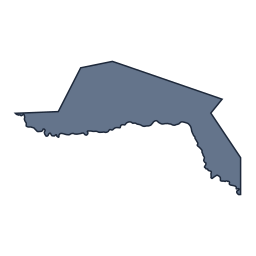 Petatán, Huehuetenango, Guatemala (orthographic projection)
{"feature_id": "79465075B18515174231727", "entity_name": "Petatán", "entity_type": "district", "adm_level": 2, "iso_a3": "GTM", "parent_name": "Guatemala", "parent_adm1": "Huehuetenango", "projection": "orthographic", "projection_center": [-91.731, 15.614], "detail": "fine", "context": "isolated", "style": "filled", "palette": "slate", "viewbox_px": 256, "rotation_deg": 0, "n_neighbors": 0, "source": "geoboundaries", "source_scale": "gbopen_adm2", "svg_char_len": 4640}
<svg xmlns="http://www.w3.org/2000/svg" viewBox="0 0 256 256"><path d="M119.8,63.9L112.4,61.4L80.7,67.8L58.3,111.6L15.4,113.3L16.2,114.1L17.2,114.7L18.1,114.8L18.6,115.1L19.5,114.9L20.3,115.0L20.9,115.6L21.3,115.7L21.8,115.5L22.5,115.0L23.3,114.5L23.6,114.4L24.0,114.6L24.3,115.3L24.5,116.3L24.7,116.9L24.7,117.6L24.5,118.1L24.4,118.6L24.4,119.5L24.7,120.0L24.7,120.5L25.1,121.2L25.4,121.8L25.8,122.3L26.2,123.0L26.3,124.1L26.2,125.0L26.2,125.4L26.2,126.0L26.9,126.5L27.9,126.9L28.5,127.0L30.1,127.0L31.1,127.0L32.0,127.4L32.6,127.5L33.9,127.9L34.5,128.6L35.2,129.3L36.0,130.1L36.7,130.9L37.5,131.5L38.2,131.6L39.5,131.5L40.8,131.4L41.5,131.3L42.2,130.8L42.8,130.2L42.8,129.8L43.0,129.2L43.3,129.1L43.9,129.0L44.3,129.2L45.0,130.0L45.1,130.5L44.8,131.2L44.5,131.7L44.3,132.4L44.5,133.2L44.7,133.9L45.0,134.5L45.4,135.1L46.1,136.1L46.7,136.1L47.4,136.0L47.9,135.6L48.3,135.0L48.6,134.2L49.4,133.4L50.0,133.1L50.4,133.5L50.9,134.1L51.4,135.0L51.8,135.6L52.4,135.8L53.3,135.9L54.4,135.9L54.9,135.5L55.7,134.8L56.4,134.8L56.6,135.2L56.6,135.9L57.4,136.6L58.1,137.1L58.6,137.2L58.9,136.8L58.9,136.0L58.9,135.3L59.3,134.5L59.8,133.9L60.5,133.5L61.3,133.4L62.3,133.5L63.3,133.7L64.3,134.0L65.6,134.4L66.5,134.6L67.6,134.7L68.2,134.8L69.3,134.7L69.9,134.5L70.4,134.0L71.2,133.7L71.9,133.5L72.8,133.4L73.6,133.5L74.3,133.9L75.8,134.1L77.1,134.1L78.0,134.0L79.7,133.7L81.0,133.5L81.6,133.2L82.4,133.1L83.2,133.0L83.8,133.3L84.3,133.9L85.0,134.7L85.7,135.0L86.4,135.1L87.1,134.7L87.6,134.1L87.9,133.3L87.8,132.5L87.6,132.2L87.4,132.0L87.3,131.7L87.5,131.2L88.2,131.0L89.2,131.0L90.7,131.0L91.5,131.1L93.0,131.4L93.9,131.4L95.3,131.3L96.2,131.3L97.2,131.5L98.4,132.1L99.3,132.3L100.8,132.3L102.4,132.2L103.2,132.1L104.0,132.0L104.9,132.3L105.5,132.4L106.4,132.3L107.0,132.1L107.7,131.8L108.4,131.2L108.9,130.4L109.4,129.9L109.7,129.6L110.4,129.6L110.8,129.7L111.3,129.9L112.2,130.0L112.8,129.7L114.0,128.6L115.1,127.9L116.2,127.6L117.4,127.6L118.8,127.7L119.6,127.8L120.2,127.6L120.4,126.9L120.6,126.2L120.8,125.5L121.3,125.1L121.8,124.8L122.9,124.7L123.9,124.8L124.8,124.9L125.0,124.7L125.7,123.9L126.5,122.9L127.6,122.4L128.8,121.9L129.9,121.9L130.7,122.0L131.6,122.4L132.3,123.0L133.0,123.3L133.6,123.1L134.6,123.1L135.7,123.2L136.3,123.6L137.1,124.1L137.6,124.2L138.4,124.3L139.0,124.5L139.7,124.6L140.4,124.8L141.8,125.6L142.8,126.1L143.8,126.3L144.8,126.3L146.1,126.0L147.1,125.9L148.5,125.9L149.6,125.6L150.7,125.2L151.3,124.6L152.6,123.1L153.5,121.9L154.3,121.3L155.3,120.8L156.4,120.7L157.0,121.0L157.7,121.4L158.0,121.9L158.9,122.6L160.0,123.2L161.0,123.7L162.0,124.0L162.8,124.0L164.0,123.8L165.0,123.6L166.3,123.6L167.5,123.5L168.5,123.7L169.2,123.9L170.6,124.0L171.5,124.4L172.4,124.9L173.1,125.1L174.2,125.2L174.9,125.2L175.7,124.8L176.3,124.6L177.6,124.3L178.8,123.9L179.8,123.0L180.9,122.1L181.8,121.8L183.2,122.0L185.2,122.5L186.8,123.0L188.2,123.6L189.0,124.4L189.6,125.1L190.0,125.5L190.7,126.8L191.1,127.9L191.4,129.2L191.7,131.0L192.4,132.9L193.1,134.3L193.5,135.3L193.9,135.9L194.6,136.5L194.9,137.1L195.0,137.7L195.0,138.0L195.1,138.6L195.6,139.2L196.1,140.1L196.8,141.3L197.3,142.1L197.8,142.9L197.8,143.9L197.7,144.5L197.3,144.9L197.2,145.0L197.4,145.6L197.8,146.1L198.2,146.3L198.8,146.8L199.5,147.6L200.5,148.4L201.2,149.4L202.0,150.3L202.0,151.4L202.0,152.3L202.5,153.3L203.0,154.5L203.1,155.3L203.4,155.7L203.8,156.3L204.3,157.1L204.4,157.9L204.2,158.6L203.9,159.6L203.7,160.3L203.8,160.6L204.0,161.2L204.7,162.2L205.4,162.7L205.9,163.0L205.9,163.7L205.8,164.7L205.6,165.1L204.8,166.2L204.5,166.7L204.5,167.1L204.6,167.4L204.9,167.6L205.4,167.8L205.7,168.3L206.0,168.8L206.4,168.9L206.8,168.9L207.3,169.0L207.8,169.3L207.9,169.8L208.3,170.4L208.8,170.6L209.6,170.8L210.3,171.1L211.0,171.4L211.3,172.1L211.3,172.7L211.0,173.4L211.0,174.4L211.1,175.4L211.2,176.4L211.0,177.1L211.0,177.6L211.3,178.0L211.8,178.4L212.2,178.4L213.2,177.6L214.7,176.5L216.6,175.3L217.2,175.2L218.7,175.9L219.8,176.9L220.3,177.5L220.4,178.4L220.4,179.4L220.4,180.1L220.5,180.6L221.3,181.0L222.0,181.1L224.1,181.1L224.9,181.4L225.4,181.4L225.9,181.0L226.4,180.9L227.1,181.0L227.7,181.4L228.0,181.4L228.5,181.3L229.2,181.7L229.5,182.2L229.5,182.7L229.3,183.3L229.3,183.6L229.4,184.2L230.0,184.7L230.5,185.0L231.8,185.3L233.5,185.6L234.5,185.9L234.9,186.0L235.5,186.3L236.0,186.8L236.3,187.3L236.3,187.6L236.3,188.0L236.2,188.7L236.4,188.9L236.9,188.9L237.8,188.7L238.2,188.7L238.8,188.7L239.1,189.2L238.9,189.7L238.3,190.3L237.4,190.7L236.8,191.2L236.8,191.8L236.8,192.6L237.0,192.9L237.5,193.6L238.1,194.2L238.7,194.6L239.4,194.6L240.6,194.5L240.6,157.7L210.8,113.1L222.1,99.2L119.8,63.9Z" fill="#64748b" stroke="#1e293b" stroke-width="1.5"/></svg>